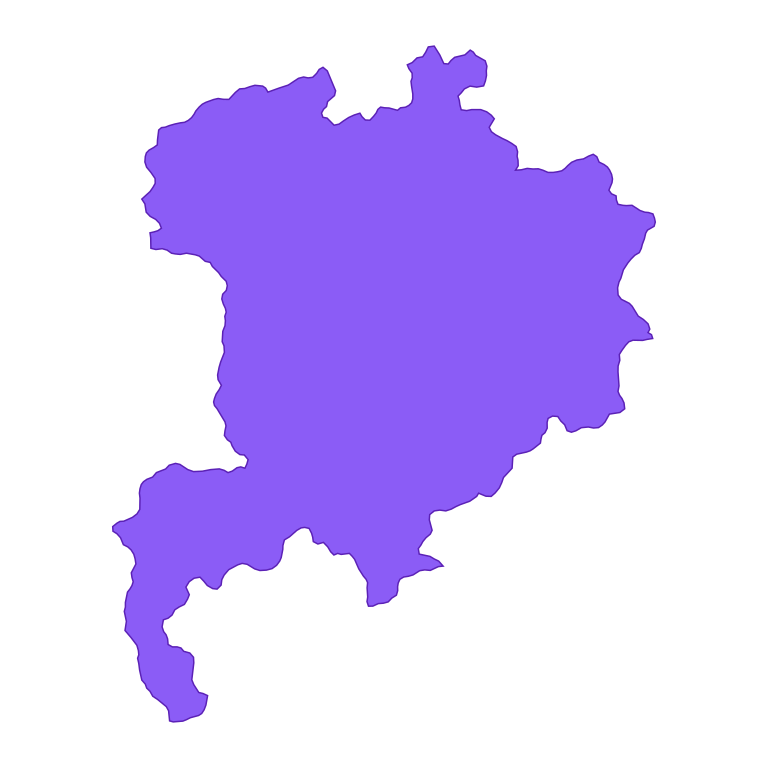 the district of Medina, Minas Gerais, Brazil
{"feature_id": "56859067B34003853374610", "entity_name": "Medina", "entity_type": "district", "adm_level": 2, "iso_a3": "BRA", "parent_name": "Brazil", "parent_adm1": "Minas Gerais", "projection": "orthographic", "projection_center": [-41.531, -16.312], "detail": "fine", "context": "isolated", "style": "filled", "palette": "violet", "viewbox_px": 768, "rotation_deg": 0, "n_neighbors": 0, "source": "geoboundaries", "source_scale": "gbopen_adm2", "svg_char_len": 6073}
<svg xmlns="http://www.w3.org/2000/svg" viewBox="0 0 768 768"><path d="M161.5,127.6L158.7,130.0L157.5,139.9L157.3,144.9L153.7,147.5L149.1,150.1L146.4,152.9L145.3,156.5L144.9,162.0L146.6,167.2L150.9,172.4L155.1,178.5L155.2,183.4L153.0,187.3L150.1,191.5L141.8,199.1L144.9,203.9L146.2,212.2L150.2,216.4L155.7,219.4L159.5,223.3L161.4,228.2L157.9,230.7L154.0,231.9L150.0,232.8L150.7,237.8L150.9,248.3L155.9,249.5L162.2,248.7L167.1,250.1L171.5,253.2L175.2,253.9L180.2,254.4L186.5,253.2L195.3,254.8L199.3,256.1L205.2,261.3L210.2,262.4L212.4,266.5L218.6,272.6L221.3,276.5L226.2,281.3L227.3,285.7L226.3,290.4L222.7,294.2L221.8,299.0L223.3,303.9L225.4,308.4L226.2,312.2L224.8,316.3L225.4,320.7L225.0,325.7L222.8,331.3L222.2,341.7L224.0,345.8L224.4,352.4L220.6,362.1L219.1,367.3L217.6,375.0L218.1,379.7L221.4,385.3L219.2,389.6L216.2,394.0L214.5,398.4L213.6,402.0L214.5,405.6L217.0,408.6L225.0,421.9L226.0,425.9L225.0,430.8L224.4,435.5L227.4,439.8L230.8,442.2L232.1,445.8L235.3,451.2L239.9,454.6L244.3,455.0L248.1,459.6L246.8,464.2L244.9,468.2L240.8,466.9L237.0,467.7L232.3,471.1L228.0,472.6L224.1,470.3L219.3,468.9L210.7,469.6L202.4,471.2L193.5,471.6L187.8,469.6L179.9,464.4L175.5,463.4L169.2,465.2L165.6,469.0L156.4,472.6L152.6,477.1L146.9,479.3L143.5,481.7L141.3,484.5L140.0,488.7L139.4,493.1L140.0,498.1L139.8,509.4L137.0,513.9L132.4,517.4L123.8,521.2L120.0,521.4L116.9,523.2L112.7,526.6L113.0,531.3L116.9,533.7L120.5,537.7L123.4,544.7L127.8,546.9L131.1,549.9L133.8,554.2L135.1,558.8L135.9,564.0L131.3,572.8L132.0,577.6L133.2,581.7L132.0,585.5L130.0,588.9L127.5,592.1L125.4,602.4L125.4,607.1L124.3,611.4L126.4,621.4L125.0,630.5L130.9,637.4L136.9,645.3L138.4,650.6L138.8,654.8L137.6,658.2L138.8,663.6L139.6,670.0L141.8,680.1L145.3,684.1L146.7,688.1L150.0,691.3L152.8,696.3L157.4,699.3L166.3,706.6L168.6,710.8L169.6,720.9L173.2,721.9L182.9,721.1L186.4,719.7L190.4,717.7L198.6,715.5L201.7,713.5L204.1,709.8L205.9,705.1L207.6,695.6L203.0,693.5L198.8,692.5L193.8,684.7L191.8,679.8L193.8,662.8L193.5,657.3L189.8,653.0L183.7,651.3L181.0,648.0L177.2,646.9L172.4,646.9L168.1,644.5L167.6,638.9L166.1,634.8L163.7,631.7L162.1,626.9L163.4,619.8L168.1,618.2L172.1,615.0L174.8,609.8L179.1,607.0L184.4,604.4L187.5,599.2L189.3,594.7L185.9,587.1L189.2,581.7L194.1,578.2L200.0,577.2L203.9,581.3L207.3,585.5L212.7,588.6L217.1,589.1L221.1,585.1L221.8,579.7L224.1,575.1L228.7,569.7L237.8,564.8L242.2,563.4L247.2,564.3L254.7,568.9L259.9,570.5L266.5,570.1L272.1,568.6L276.6,565.3L279.7,561.1L281.2,557.6L282.8,549.4L282.9,545.6L284.4,539.9L289.5,536.8L296.9,530.3L301.1,527.9L304.7,527.4L309.1,528.4L311.6,533.3L312.7,537.2L313.3,541.6L317.9,544.0L323.4,542.4L327.7,546.8L330.7,551.8L333.9,555.0L337.7,553.4L341.1,554.4L349.4,553.4L352.3,556.4L354.6,559.3L358.8,568.9L363.4,576.1L366.1,579.3L367.6,582.6L367.1,587.8L367.7,597.0L367.0,601.6L368.5,606.2L372.9,606.1L378.3,603.6L383.4,603.2L388.2,601.9L391.8,598.1L396.4,595.2L397.7,590.6L397.6,586.7L398.2,583.0L399.9,579.3L403.7,577.0L408.3,576.3L413.1,574.9L419.7,570.7L424.7,569.9L430.3,570.4L438.4,566.6L443.1,566.1L438.7,561.1L434.3,559.0L430.0,556.4L419.2,554.1L418.3,548.6L420.9,545.1L422.8,541.6L426.0,537.7L430.3,534.1L432.1,530.3L429.3,519.8L429.7,514.6L434.3,510.9L439.8,510.1L445.8,510.9L451.3,509.1L455.9,506.6L460.3,504.6L469.8,501.2L476.7,496.4L478.6,493.2L485.9,496.2L491.2,496.4L495.1,493.0L499.3,487.9L501.7,482.7L503.5,477.5L512.1,468.2L512.8,457.0L516.7,454.2L526.4,452.1L530.1,450.8L533.1,448.9L540.4,443.1L541.0,439.0L541.9,435.3L545.0,432.7L547.2,428.2L547.1,422.4L548.1,418.4L552.5,416.1L557.8,416.5L560.8,421.0L564.7,424.8L567.1,430.7L571.4,432.2L575.9,430.8L581.3,427.7L588.3,427.0L593.5,428.0L598.5,427.6L602.3,425.0L605.0,422.0L609.4,414.1L619.9,412.5L624.7,408.8L624.0,402.9L622.0,398.6L619.6,395.3L618.0,391.4L619.0,385.9L618.0,371.9L618.1,366.1L619.8,360.3L619.3,354.5L621.9,350.4L625.5,345.4L628.8,341.8L633.0,340.2L642.7,340.4L647.0,339.4L652.7,338.5L651.5,334.7L648.0,332.6L649.8,329.1L648.1,323.9L643.4,319.5L638.2,316.1L632.1,306.2L629.4,303.4L621.3,299.3L618.1,295.0L617.6,287.8L619.0,282.0L620.8,278.4L623.4,269.8L627.9,262.9L631.0,259.1L634.9,255.2L639.3,252.6L641.3,248.4L642.3,244.4L644.4,238.8L645.7,233.2L647.5,230.1L654.1,226.3L655.3,222.1L654.5,218.2L652.9,213.9L648.4,212.5L644.8,212.2L640.0,210.5L632.0,205.3L626.3,205.6L622.8,205.3L618.0,204.3L616.4,200.0L616.1,195.9L611.5,193.8L608.9,190.2L612.0,182.7L612.5,179.0L611.6,174.4L609.6,170.1L607.4,167.0L604.0,164.5L599.1,162.1L596.8,156.7L593.2,154.3L588.6,156.1L583.5,158.9L576.9,160.0L571.6,162.3L567.8,165.6L565.1,168.4L561.8,170.8L557.4,171.8L553.3,172.4L548.0,172.4L542.9,170.2L538.3,168.8L533.0,169.0L527.2,168.4L521.3,169.8L515.5,170.2L518.2,165.8L518.0,160.2L517.1,156.3L517.6,151.8L516.1,146.5L511.7,143.4L507.1,140.7L502.4,138.5L495.4,134.7L491.4,131.7L489.2,127.3L494.3,118.8L491.3,115.2L486.7,111.8L480.7,109.6L471.7,109.6L466.6,110.6L461.2,109.8L459.9,104.8L459.3,100.4L458.0,96.1L461.2,92.9L464.4,88.9L470.0,86.1L476.7,87.1L483.6,85.9L485.4,81.0L486.5,75.5L486.3,70.8L486.9,66.2L485.2,60.8L475.6,55.4L473.3,52.1L470.2,50.1L464.9,54.9L454.7,57.3L451.1,60.4L448.2,64.0L443.8,63.6L439.8,55.0L434.2,46.1L428.3,46.9L425.7,52.2L422.7,56.8L417.0,57.9L412.2,62.6L407.3,64.8L408.9,68.7L412.1,73.2L412.2,77.9L411.0,81.3L411.5,85.7L412.8,94.0L412.8,98.9L411.6,102.8L408.9,105.4L405.5,107.2L400.5,107.8L397.5,110.3L389.1,108.0L384.7,107.8L380.6,107.1L377.9,109.4L376.2,113.0L373.6,116.3L369.9,120.2L365.3,120.0L362.0,116.7L359.9,113.2L354.2,115.0L348.7,117.5L343.2,121.1L339.1,124.1L334.1,125.2L327.1,118.1L322.9,117.3L321.5,113.1L323.6,109.2L326.5,106.6L327.6,101.6L334.5,95.6L335.6,90.8L327.3,70.9L323.0,67.3L319.2,69.4L316.7,73.3L312.7,77.3L308.1,77.9L303.6,77.0L298.5,78.3L288.2,85.1L279.0,88.1L267.9,92.1L265.6,88.1L262.7,86.1L258.9,85.7L254.9,85.3L249.9,86.7L244.8,88.5L239.6,88.9L235.4,92.4L228.9,99.4L223.2,99.3L218.1,98.5L213.7,99.5L205.9,102.3L202.3,104.2L199.2,107.0L195.8,111.0L194.1,114.2L191.6,117.6L188.3,120.4L184.6,122.3L180.6,122.8L174.9,124.0L169.3,125.6L165.2,127.2L161.5,127.6Z" fill="#8b5cf6" stroke="#5b21b6" stroke-width="1.5"/></svg>